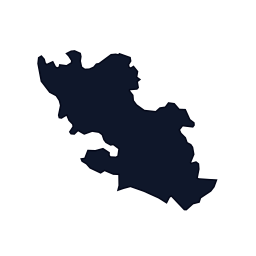 the border of Buckinghamshire, rotated 161°
{"feature_id": "GBR-2040", "entity_name": "Buckinghamshire", "entity_type": "Administrative County", "adm_level": 1, "iso_a3": "GBR", "parent_name": "United Kingdom", "parent_adm1": "", "projection": "mercator", "projection_center": [-0.785, 51.775], "detail": "fine", "context": "isolated", "style": "filled", "palette": "ink", "viewbox_px": 256, "rotation_deg": 161, "n_neighbors": 0, "source": "natural_earth", "source_scale": "10m", "svg_char_len": 1735}
<svg xmlns="http://www.w3.org/2000/svg" viewBox="0 0 256 256"><g transform="rotate(161 128 128)"><path d="M115.9,44.8L121.8,52.1L133.6,63.2L144.7,72.0L151.9,72.5L157.7,72.5L155.1,76.4L151.6,87.1L156.9,89.2L164.0,95.6L168.5,94.5L176.8,102.6L178.9,107.7L182.2,111.6L182.3,114.0L178.7,113.3L173.2,119.8L166.3,117.1L158.4,116.6L153.9,110.8L154.8,108.4L154.3,106.4L148.9,104.2L146.6,104.7L143.2,111.3L147.3,117.3L149.9,117.6L153.5,121.6L154.5,124.7L154.5,130.1L156.8,133.5L162.9,136.7L171.3,136.6L176.1,142.0L180.8,139.8L183.7,141.1L184.3,143.3L179.4,147.1L178.9,149.6L181.2,154.4L181.6,160.4L187.7,159.1L189.6,160.2L189.4,162.7L184.3,171.3L183.9,176.4L185.3,182.0L190.3,187.3L194.7,200.4L192.1,218.2L189.6,223.5L186.5,224.2L184.9,220.3L185.2,216.4L184.3,214.4L177.6,215.1L176.8,209.4L175.4,207.7L173.1,208.0L172.0,209.9L165.8,206.8L160.3,208.0L159.2,210.0L160.5,215.4L161.9,218.4L156.8,219.1L153.4,218.3L148.9,214.1L149.3,210.9L151.4,206.9L152.1,200.7L149.8,197.5L145.4,196.2L140.6,196.6L137.1,198.7L134.4,198.3L120.1,202.8L115.6,201.7L113.0,200.1L112.0,201.0L103.1,193.9L103.7,190.4L107.0,187.7L107.3,185.3L106.0,183.6L102.8,184.4L100.6,178.3L103.3,173.3L101.0,170.0L104.2,168.9L105.2,162.9L106.9,162.0L114.0,163.8L114.6,162.6L112.8,157.4L114.1,152.2L112.5,147.1L107.0,139.3L96.4,134.3L91.3,136.5L85.9,135.5L81.5,138.5L76.4,135.9L73.6,128.9L67.9,126.7L66.9,115.8L64.0,111.4L64.6,109.2L66.4,108.0L75.7,112.5L80.1,109.6L79.8,105.8L77.0,100.1L77.0,94.9L74.1,91.8L73.3,88.7L74.4,81.7L80.1,75.2L79.8,73.9L74.8,73.7L73.1,71.1L74.4,66.1L79.0,58.1L77.9,56.9L68.0,52.7L61.3,50.0L65.9,44.4L70.3,41.5L82.2,38.4L84.9,34.8L91.3,35.3L99.5,31.8L101.3,32.5L109.1,49.7L111.4,49.2L115.9,44.8Z" fill="#0f172a" stroke="#020617" stroke-width="1.5"/></g></svg>